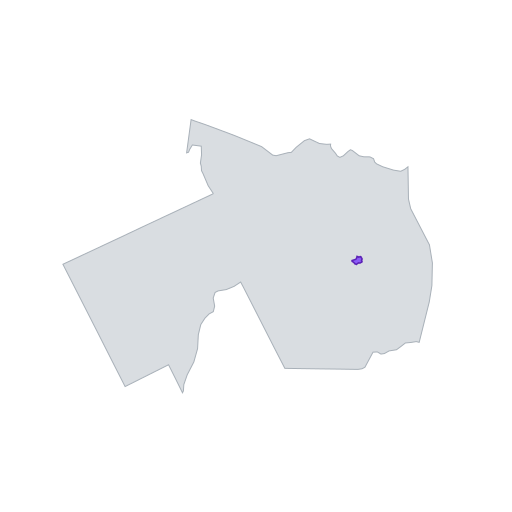 Comalapa, Chimaltenango, Guatemala shown in context, rotated 243°
{"feature_id": "79465075B20533835568795", "entity_name": "Comalapa", "entity_type": "district", "adm_level": 2, "iso_a3": "GTM", "parent_name": "Guatemala", "parent_adm1": "Chimaltenango", "projection": "robinson", "projection_center": [-90.9, 14.753], "detail": "fine", "context": "in_parent", "style": "filled", "palette": "violet", "viewbox_px": 512, "rotation_deg": 243, "n_neighbors": 0, "source": "geoboundaries", "source_scale": "gbopen_adm2", "svg_char_len": 2518}
<svg xmlns="http://www.w3.org/2000/svg" viewBox="0 0 512 512"><g transform="rotate(243 256 256)"><path d="M105.0,362.2L107.0,359.9L108.6,354.9L110.7,349.6L109.5,343.5L108.7,338.6L111.0,331.5L110.8,326.1L111.9,322.8L115.4,320.6L117.2,316.6L107.4,302.5L107.4,299.2L108.7,295.3L116.7,280.2L126.1,262.3L136.5,242.6L142.8,230.7L165.5,230.6L180.6,230.6L199.8,230.6L220.6,230.6L234.2,230.6L239.8,230.5L238.9,222.7L239.6,214.2L242.1,206.4L242.1,203.0L238.0,198.8L230.1,196.4L225.8,192.7L225.7,188.0L223.8,182.3L220.0,175.7L212.1,168.9L200.0,161.9L189.8,152.5L181.4,140.8L174.2,133.3L168.8,130.1L167.5,128.4L183.5,128.6L198.8,128.7L198.9,111.9L199.0,97.0L199.1,80.1L226.6,80.1L259.5,80.2L293.7,80.2L320.5,80.2L336.3,80.2L335.6,101.1L334.8,125.4L334.2,143.2L333.5,167.0L332.7,191.3L331.6,224.4L330.9,245.8L331.3,246.3L340.3,245.3L353.6,246.2L356.8,246.2L360.9,248.0L364.0,248.6L370.8,253.4L378.7,257.1L383.8,249.7L381.1,245.3L379.1,243.0L379.4,241.0L407.0,260.1L403.8,263.0L396.8,269.8L384.1,281.5L372.7,291.9L361.8,301.3L351.9,309.8L350.8,310.7L338.3,316.7L336.2,319.5L333.5,331.5L332.3,334.5L334.6,341.2L336.8,351.5L336.1,356.9L327.5,363.5L323.5,369.5L321.8,373.3L320.2,372.3L317.5,372.0L311.3,373.5L308.3,373.8L305.8,375.5L305.6,379.3L307.3,385.3L307.8,388.4L306.1,389.8L298.5,393.4L295.5,397.0L292.6,402.5L289.3,404.9L285.8,404.4L283.3,405.3L278.0,409.4L270.1,417.5L265.8,423.4L265.7,427.9L266.5,431.9L237.5,417.7L227.9,415.3L187.2,415.6L169.7,410.0L149.8,399.3L136.4,389.5L105.0,362.2Z" fill="#d9dde1" stroke="#a8b0b8" stroke-width="1"/><path d="M208.4,339.5L208.0,339.2L207.4,339.3L207.2,339.4L206.8,339.7L206.5,339.9L206.4,339.9L206.3,340.0L205.8,340.1L205.6,340.2L204.9,340.5L204.7,340.6L204.2,340.5L204.0,340.8L203.5,341.1L203.4,341.2L202.9,341.7L203.0,341.8L203.1,342.3L203.2,343.7L203.4,343.9L203.4,344.0L203.2,344.4L203.2,344.5L202.9,344.8L202.8,345.1L202.7,345.2L202.5,345.4L202.5,345.7L202.6,346.1L202.6,346.4L202.6,347.2L202.5,347.3L202.8,347.7L202.8,347.9L203.0,348.0L203.4,348.0L203.8,347.9L204.1,347.9L204.3,348.1L204.4,348.3L204.5,348.4L204.5,348.7L204.6,348.8L205.0,348.8L205.3,349.1L205.6,349.3L205.9,349.3L207.0,348.9L207.2,349.0L207.4,349.2L207.5,349.2L207.8,348.9L208.1,348.8L208.2,348.5L208.2,348.0L208.2,347.7L208.3,347.4L208.3,347.1L208.4,346.8L208.5,346.7L209.0,346.7L209.5,346.2L209.8,345.8L209.6,345.7L209.3,345.5L209.1,345.3L208.7,344.9L208.6,344.7L208.3,344.5L208.1,344.2L208.0,343.9L207.9,343.6L207.8,343.4L207.8,343.1L208.4,339.5Z" fill="#8b5cf6" stroke="#5b21b6" stroke-width="1.5"/></g></svg>